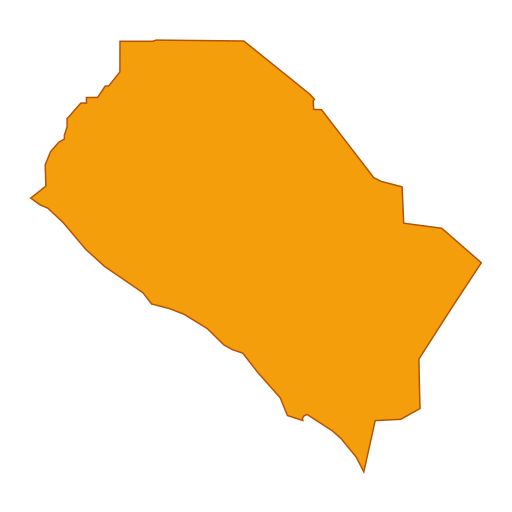 Orange, California, United States of America
{"feature_id": "52423323B24970459595653", "entity_name": "Orange", "entity_type": "district", "adm_level": 2, "iso_a3": "USA", "parent_name": "United States of America", "parent_adm1": "California", "projection": "mercator", "projection_center": [-117.816, 33.667], "detail": "fine", "context": "isolated", "style": "filled", "palette": "amber", "viewbox_px": 512, "rotation_deg": 0, "n_neighbors": 0, "source": "geoboundaries", "source_scale": "gbopen_adm2", "svg_char_len": 904}
<svg xmlns="http://www.w3.org/2000/svg" viewBox="0 0 512 512"><path d="M243.8,41.0L156.4,40.1L152.4,41.3L126.2,41.3L120.0,41.3L119.9,71.9L108.7,86.0L105.3,86.0L97.6,97.4L86.4,97.5L86.5,103.0L80.8,103.1L67.3,118.5L67.1,118.5L67.1,126.9L64.3,135.5L64.4,139.0L58.8,142.2L50.6,151.6L45.2,164.8L45.9,186.1L30.7,198.1L40.1,204.9L47.9,208.2L63.3,222.7L84.2,247.5L85.8,249.4L104.5,266.4L143.0,292.8L151.6,304.0L169.1,308.5L183.9,314.2L207.3,328.6L224.0,345.0L232.3,349.6L242.8,353.2L257.9,372.6L276.6,393.7L280.3,397.9L287.4,415.5L302.8,420.5L302.4,418.5L304.1,415.8L307.1,414.5L332.1,430.7L341.1,438.6L356.3,457.2L363.8,471.9L375.2,420.6L400.8,419.3L420.0,408.5L419.3,381.3L418.9,359.0L452.5,306.6L481.3,262.8L441.8,228.3L403.7,223.2L402.1,186.8L398.4,185.9L381.1,181.4L373.7,177.6L321.5,109.7L313.7,109.4L313.2,100.7L314.5,99.3L309.9,94.3L243.8,41.0Z" fill="#f59e0b" stroke="#b45309" stroke-width="1.5"/></svg>